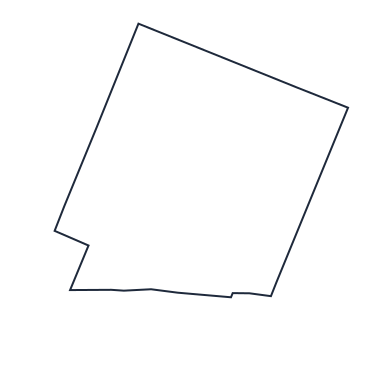 St. Lucie, Florida, United States of America (Albers equal-area conic projection), rotated 112°
{"feature_id": "52423323B58883260045522", "entity_name": "St. Lucie", "entity_type": "district", "adm_level": 2, "iso_a3": "USA", "parent_name": "United States of America", "parent_adm1": "Florida", "projection": "albers", "projection_center": [-80.381, 27.382], "detail": "fine", "context": "isolated", "style": "outline", "palette": "slate", "viewbox_px": 384, "rotation_deg": 112, "n_neighbors": 0, "source": "geoboundaries", "source_scale": "gbopen_adm2", "svg_char_len": 374}
<svg xmlns="http://www.w3.org/2000/svg" viewBox="0 0 384 384"><g transform="rotate(112 192 192)"><path d="M55.4,78.9L55.8,134.4L56.0,304.7L167.9,304.6L253.1,305.1L279.5,304.8L280.4,267.9L328.6,268.3L312.9,230.1L309.0,218.2L297.5,193.5L290.7,167.5L275.0,116.4L270.5,116.4L264.4,100.8L259.0,79.8L243.6,79.9L55.4,78.9Z" fill="none" stroke="#1e293b" stroke-width="2"/></g></svg>